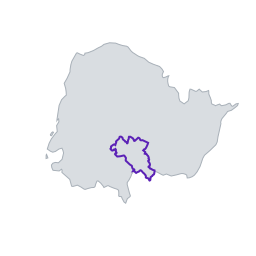 Cambodia, with Kâmpóng Cham highlighted, rotated 32°
{"feature_id": "KHM-1784", "entity_name": "Kâmpóng Cham", "entity_type": "Province", "adm_level": 1, "iso_a3": "KHM", "parent_name": "Cambodia", "parent_adm1": "", "projection": "natural_earth1", "projection_center": [105.558, 12.075], "detail": "fine", "context": "in_parent", "style": "outline", "palette": "violet", "viewbox_px": 256, "rotation_deg": 32, "n_neighbors": 0, "source": "natural_earth", "source_scale": "10m", "svg_char_len": 5904}
<svg xmlns="http://www.w3.org/2000/svg" viewBox="0 0 256 256"><g transform="rotate(32 128 128)"><path d="M208.5,48.8L209.0,50.9L207.7,54.7L206.3,58.2L203.7,61.2L203.6,63.5L202.7,70.2L203.0,72.3L203.6,74.1L204.5,75.1L206.8,81.6L208.9,87.6L211.0,92.5L211.4,95.6L209.5,103.4L207.3,110.6L207.5,114.2L208.4,117.8L209.5,122.6L209.8,128.7L209.3,132.7L208.3,135.2L206.4,137.7L204.7,139.0L202.7,136.8L201.2,136.8L199.0,137.4L197.3,138.4L193.9,142.1L190.1,145.8L184.9,146.7L182.9,149.4L180.7,149.7L176.5,149.9L173.8,150.5L173.9,151.9L173.7,158.3L173.8,159.7L173.4,160.1L171.5,160.3L168.3,159.4L164.0,157.8L160.9,157.5L159.4,160.3L158.4,161.4L157.3,161.6L156.0,162.1L155.6,163.3L155.5,164.9L156.1,167.5L156.4,171.7L156.2,174.6L157.3,176.4L163.9,182.6L165.8,184.1L166.1,185.0L164.9,188.3L165.9,193.0L163.9,192.9L160.4,190.9L158.8,189.7L156.8,190.7L156.1,190.5L154.8,188.2L153.0,185.8L151.2,185.7L147.4,186.6L143.4,187.3L142.0,187.3L141.3,187.7L139.1,191.2L138.1,190.6L134.2,189.2L130.6,188.7L129.8,189.6L130.3,192.5L131.1,195.3L130.6,196.5L128.6,197.9L126.0,200.6L124.4,202.6L123.3,203.1L119.3,203.0L115.3,203.3L113.7,205.2L112.2,206.8L111.0,207.2L105.8,202.4L95.5,200.7L94.4,198.6L93.4,198.2L92.4,200.9L86.8,203.6L84.4,202.0L82.7,200.0L82.9,197.7L84.6,195.7L87.4,194.4L88.7,189.5L86.6,183.3L84.7,181.5L82.7,180.1L80.6,182.4L78.9,186.3L77.0,188.4L74.5,188.8L70.7,188.6L69.2,182.7L68.8,177.7L69.3,171.9L69.9,168.5L66.2,163.8L66.1,159.3L64.3,157.0L63.8,158.1L63.8,159.4L63.3,158.5L57.6,145.3L56.7,139.2L57.7,134.5L58.3,132.9L56.6,130.4L54.3,127.6L50.2,123.9L50.0,118.1L49.1,111.2L47.8,108.9L46.0,104.6L45.0,101.1L44.6,91.8L45.2,91.1L48.1,90.8L51.8,90.1L52.4,88.6L51.8,87.4L54.2,85.3L57.6,80.7L60.2,75.9L62.2,72.8L63.3,69.8L67.2,65.5L72.5,62.6L76.1,61.9L79.8,60.9L83.4,59.4L85.1,59.3L89.6,61.0L92.0,61.5L94.5,61.5L97.1,61.6L99.4,61.5L104.9,60.3L110.7,61.2L115.8,60.5L122.2,59.1L125.4,59.9L128.2,61.3L128.6,64.2L129.3,65.5L130.3,66.5L131.5,66.5L133.2,64.5L134.5,62.4L135.0,62.1L135.0,63.1L135.7,65.3L136.9,67.4L138.2,68.9L140.2,70.8L141.6,70.9L145.9,69.1L152.5,71.7L153.3,73.0L155.4,75.7L157.7,77.6L162.8,77.8L164.6,73.0L163.7,70.2L160.8,65.1L160.0,62.2L161.0,61.7L165.9,61.1L166.7,60.5L167.8,57.3L169.1,57.6L171.9,58.1L174.8,55.8L176.5,53.5L177.4,54.6L178.4,56.2L179.6,57.2L181.7,58.6L184.0,60.5L185.4,62.5L186.5,63.2L189.5,62.7L190.3,62.8L192.0,60.4L193.1,59.1L194.2,59.5L195.6,59.5L198.7,56.5L200.4,53.7L201.4,53.0L204.2,54.4L205.3,54.1L206.8,50.3L208.5,48.8ZM67.3,175.0L66.8,175.3L66.2,175.3L65.7,174.8L65.7,172.6L66.1,171.3L67.1,171.1L67.3,175.0ZM75.9,195.8L74.7,197.3L72.9,194.3L72.9,193.5L75.9,195.8Z" fill="#d9dde1" stroke="#a8b0b8" stroke-width="1"/><path d="M174.5,160.5L174.2,161.1L173.8,161.1L173.4,160.8L172.7,160.3L172.3,160.1L171.9,160.0L171.6,160.1L169.8,160.6L169.4,160.5L169.1,160.3L168.7,159.4L168.4,159.1L167.8,158.7L165.6,158.0L164.3,157.9L162.7,157.3L161.2,157.1L160.5,158.0L160.5,158.5L160.4,159.0L160.2,159.4L159.3,160.5L159.0,161.2L158.7,161.8L157.8,161.7L156.3,161.1L155.7,161.2L155.1,161.8L155.1,161.6L155.4,160.8L155.5,160.2L155.4,159.9L155.2,159.8L154.1,160.1L153.6,160.0L153.4,159.9L153.2,159.8L152.9,159.6L152.1,158.9L151.2,158.0L149.0,158.0L145.0,157.2L143.9,157.0L143.7,157.0L143.3,156.8L143.2,156.7L143.0,156.4L142.9,156.2L142.5,155.2L142.0,154.4L140.1,153.6L139.5,153.4L139.2,153.5L138.9,153.6L138.6,153.9L138.1,154.4L137.8,154.7L136.5,156.0L134.0,157.9L131.4,157.3L130.8,157.0L130.8,156.8L130.8,156.2L130.8,155.9L131.0,155.7L131.3,155.6L131.5,155.5L131.5,155.4L131.5,155.2L131.4,155.0L130.1,154.3L129.1,152.7L128.5,152.5L128.4,153.3L128.3,153.5L128.1,153.4L127.8,153.4L127.6,153.5L127.1,155.1L126.9,155.3L126.7,155.3L126.4,155.4L126.1,155.6L125.9,155.6L125.6,155.4L125.0,155.2L124.9,155.1L124.7,154.9L124.5,155.0L124.4,155.1L124.2,155.0L124.1,154.8L124.2,154.5L124.1,153.8L123.4,152.6L124.4,150.0L124.7,149.5L124.8,149.4L125.0,149.2L125.4,149.1L126.1,149.2L126.3,149.2L126.2,148.8L125.9,148.7L125.8,147.0L125.7,146.8L125.7,146.6L125.2,146.0L125.0,145.8L125.0,145.6L125.0,145.4L125.2,144.7L125.5,143.6L126.0,142.1L126.0,141.5L125.6,139.9L126.3,139.2L126.8,139.0L127.0,139.0L128.2,139.1L128.3,139.1L128.5,139.2L129.2,140.0L130.1,140.4L132.2,140.6L132.3,140.6L132.7,141.0L132.8,141.0L133.1,141.0L133.3,140.9L133.6,140.8L134.4,140.7L135.2,141.5L135.4,141.5L135.5,141.4L135.6,141.1L135.6,140.9L135.5,140.6L134.4,137.9L134.4,137.1L134.4,136.9L134.3,136.7L133.6,135.4L133.5,135.1L133.5,134.9L134.0,134.6L134.5,134.2L135.2,134.2L135.4,134.2L135.7,134.1L135.9,134.1L136.2,134.1L136.3,134.2L136.6,134.2L137.5,134.2L137.8,134.2L137.9,134.3L138.1,134.5L138.3,134.6L138.9,134.7L139.0,134.7L139.2,134.8L139.3,134.9L139.4,135.0L139.5,135.3L139.6,135.5L139.8,135.6L140.1,135.6L140.4,135.5L140.5,135.4L140.7,134.9L141.8,130.8L142.9,130.6L143.3,130.7L143.7,130.9L143.8,131.0L144.3,131.3L144.7,131.6L145.0,131.7L145.5,131.6L145.8,131.4L146.3,131.0L146.7,130.7L146.9,130.6L152.9,129.9L153.3,131.3L153.7,134.1L153.8,136.0L153.7,136.6L153.4,137.1L153.2,137.3L153.0,137.6L152.9,137.8L152.8,138.9L153.0,138.9L154.7,139.2L155.3,139.2L155.6,139.4L155.8,140.9L156.7,140.7L156.8,140.6L157.1,140.4L157.3,140.3L157.6,140.4L157.9,140.4L158.8,140.9L159.9,141.1L160.3,141.4L161.2,142.0L161.3,142.2L161.3,142.3L161.5,143.0L161.9,143.1L162.0,143.1L162.3,143.2L162.5,143.3L162.7,143.8L162.8,144.0L162.8,144.4L162.8,144.5L162.6,144.9L162.5,145.0L162.7,145.4L163.0,145.5L163.6,145.9L164.1,145.9L164.4,146.0L164.9,146.5L165.3,146.8L165.5,146.8L165.8,147.1L166.0,147.4L166.5,148.6L166.4,148.8L166.3,149.0L166.2,149.2L166.1,149.3L166.0,149.5L165.9,149.6L165.9,149.8L165.9,150.0L166.2,150.3L167.7,150.3L167.9,150.5L168.0,150.6L168.3,150.7L168.6,150.7L169.5,150.3L169.8,150.3L170.5,150.5L170.8,150.5L173.0,149.9L173.5,150.7L174.4,152.7L174.6,153.6L174.1,154.6L174.0,154.8L174.0,155.5L174.0,155.9L173.7,156.4L173.5,156.9L173.3,157.4L173.3,158.0L174.2,159.6L174.5,160.5Z" fill="none" stroke="#5b21b6" stroke-width="2"/></g></svg>